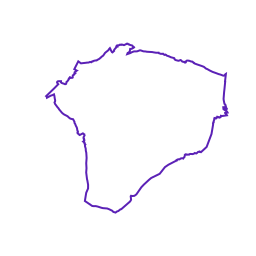 Flesberg nor, Buskerud, Norway (orthographic projection), rotated 291°
{"feature_id": "86288312B11516416194364", "entity_name": "Flesberg nor", "entity_type": "district", "adm_level": 2, "iso_a3": "NOR", "parent_name": "Norway", "parent_adm1": "Buskerud", "projection": "orthographic", "projection_center": [9.551, 59.857], "detail": "fine", "context": "isolated", "style": "outline", "palette": "violet", "viewbox_px": 256, "rotation_deg": 291, "n_neighbors": 0, "source": "geoboundaries", "source_scale": "gbopen_adm2", "svg_char_len": 5712}
<svg xmlns="http://www.w3.org/2000/svg" viewBox="0 0 256 256"><g transform="rotate(291 128 128)"><path d="M189.4,206.8L195.8,204.9L198.9,204.1L206.2,202.1L206.2,201.9L213.6,200.0L213.2,199.7L211.5,199.1L211.2,198.7L211.0,198.0L211.0,195.2L210.9,194.1L210.8,193.4L210.8,190.8L210.7,186.8L211.0,183.5L211.4,181.0L211.4,179.6L212.3,176.9L212.3,176.5L212.3,174.4L212.1,169.2L212.1,167.1L212.2,166.3L212.5,166.2L212.6,165.5L212.6,165.2L212.9,164.8L213.0,164.3L213.0,163.9L212.7,163.4L212.7,161.0L212.5,160.5L212.5,160.1L212.1,158.9L211.3,158.3L210.3,158.4L210.2,158.0L209.7,158.1L209.5,157.9L209.5,157.4L209.9,156.9L209.9,156.6L209.6,156.1L209.5,155.3L209.5,154.8L209.7,154.3L210.0,153.8L210.3,152.9L210.2,152.5L209.4,151.8L208.8,150.9L208.5,148.1L208.6,147.5L208.8,147.0L209.2,146.5L209.6,146.4L209.8,146.0L209.4,142.6L209.5,142.3L209.5,140.8L209.6,140.7L209.6,140.2L209.5,139.1L209.5,138.1L209.9,137.3L209.9,136.7L209.9,136.4L209.4,136.1L209.4,135.7L209.4,135.2L209.9,134.0L209.4,133.3L209.2,132.4L209.0,132.1L208.9,130.0L209.3,129.6L209.0,129.0L208.3,127.1L207.8,124.8L207.6,123.5L205.9,118.1L205.8,117.2L205.1,114.9L205.0,112.1L204.8,111.3L202.9,109.1L202.3,107.9L201.7,106.2L200.3,104.6L198.8,103.3L196.7,100.8L198.0,100.8L198.7,101.6L199.2,101.9L199.7,101.9L200.0,102.2L202.6,101.7L202.7,102.2L203.0,102.5L203.5,103.3L204.3,103.6L204.5,103.8L204.5,104.1L205.5,104.8L205.6,104.7L205.6,104.0L205.9,103.4L206.5,102.5L206.2,99.2L206.5,98.8L206.3,98.1L206.6,97.5L206.4,96.8L205.8,96.5L205.6,96.1L204.0,94.7L203.8,94.0L203.9,93.5L203.9,93.1L203.6,92.7L203.3,92.0L203.4,91.8L203.1,91.6L203.1,91.3L203.0,90.9L203.0,90.7L202.4,90.4L202.0,89.7L201.6,89.5L201.3,88.3L201.0,88.1L200.7,88.3L200.4,88.1L200.2,88.5L200.3,88.9L200.1,89.0L199.9,88.6L199.6,88.1L199.4,87.9L198.5,88.0L198.0,87.7L196.1,87.1L195.4,87.1L195.0,87.4L193.0,86.4L193.1,85.8L193.8,85.0L194.3,84.3L195.6,83.1L196.1,82.5L194.8,82.0L193.6,81.8L190.0,79.7L186.7,78.9L185.2,77.9L184.0,77.4L183.9,77.2L182.7,76.7L181.5,75.8L180.6,74.9L180.2,74.8L179.6,74.1L179.4,73.4L178.0,71.4L177.3,71.2L177.0,70.4L176.2,70.1L176.1,68.9L175.4,68.2L174.8,67.4L174.4,66.3L174.1,65.9L171.5,60.9L172.4,57.7L163.7,56.8L163.5,58.3L163.2,59.0L163.2,59.4L163.2,59.6L162.3,59.0L162.0,59.1L161.6,58.7L161.0,58.2L160.3,58.3L160.2,58.5L159.7,58.7L159.7,58.9L159.2,58.6L158.7,58.6L158.5,58.2L158.0,58.1L157.9,58.1L157.3,57.6L156.6,57.8L155.3,58.3L155.0,58.1L154.5,57.1L154.4,56.8L154.2,56.6L154.1,56.3L154.6,55.8L154.6,55.6L153.9,55.5L153.5,55.2L152.8,55.0L152.4,55.1L152.4,55.3L151.0,55.0L150.8,54.8L150.4,54.8L149.7,54.6L149.0,54.1L147.1,54.4L146.6,54.1L146.3,53.2L146.4,52.5L146.3,50.8L146.3,49.8L146.6,49.1L147.7,48.7L146.9,46.6L146.3,45.6L145.9,45.4L145.2,45.4L144.4,46.2L143.9,47.2L138.6,44.9L128.5,40.2L128.4,40.7L128.1,40.8L127.8,41.4L127.5,41.3L127.2,41.5L129.5,43.4L130.7,44.5L131.6,45.7L132.9,46.8L131.7,47.7L129.0,49.2L128.5,49.6L127.4,50.2L126.5,50.4L125.6,50.2L124.4,51.2L122.2,54.6L121.5,56.0L120.5,57.3L120.3,57.8L118.7,60.6L118.2,61.8L117.7,63.6L117.4,66.7L117.2,67.7L116.7,68.7L116.1,70.7L116.2,71.9L116.5,73.6L114.6,75.8L113.6,76.2L112.8,77.3L111.4,78.5L110.4,79.7L109.5,80.5L107.7,81.5L106.8,82.5L106.5,82.6L105.9,82.4L105.6,82.7L105.2,82.7L104.9,83.0L104.8,83.3L104.9,83.7L104.1,85.2L104.1,85.4L106.7,87.7L106.5,87.9L106.6,88.3L106.5,88.9L106.4,89.0L106.4,89.5L105.9,89.7L105.5,90.1L103.4,89.8L102.8,90.3L102.5,90.3L102.4,90.6L102.0,90.6L101.5,91.1L101.5,91.3L101.0,91.6L100.7,91.3L100.3,91.5L100.3,91.3L99.8,91.3L99.8,91.5L99.6,91.6L99.2,91.2L99.1,91.5L99.2,91.8L99.0,92.0L99.0,92.3L98.6,92.5L98.5,92.8L98.1,92.8L97.9,92.9L97.9,93.3L97.6,93.6L97.3,94.1L96.7,93.9L95.4,94.5L93.6,95.9L91.6,96.8L90.0,97.9L85.2,100.1L80.2,101.6L75.5,103.7L71.5,104.9L65.5,108.1L64.4,108.9L60.7,111.1L57.2,112.4L52.6,112.2L44.4,113.9L42.4,122.5L42.7,123.8L43.5,125.8L43.8,127.9L44.0,131.8L44.2,133.3L45.4,137.4L45.4,139.5L45.1,142.9L44.4,144.4L44.6,146.7L46.0,147.5L47.0,148.7L49.4,150.1L49.8,150.8L60.2,156.3L62.1,156.6L65.2,155.0L65.8,155.1L66.1,156.6L67.0,158.3L69.0,159.6L77.5,161.7L80.9,163.1L87.2,166.2L89.7,167.6L96.6,174.0L104.7,176.5L108.2,178.9L114.4,184.4L114.4,184.5L115.3,184.7L115.4,185.2L115.7,185.1L116.2,185.4L116.9,186.3L116.9,186.7L117.1,187.2L117.4,187.5L118.2,187.9L118.8,188.6L118.8,188.8L119.4,189.9L119.3,190.5L120.7,190.8L121.0,191.1L122.9,190.9L123.2,190.7L123.9,191.0L124.2,191.4L124.1,192.2L124.3,192.3L124.4,193.1L124.7,193.5L124.8,193.9L125.0,194.2L125.0,194.5L125.5,194.7L126.1,195.4L126.4,196.4L126.6,196.9L126.6,197.2L126.8,197.5L126.9,197.9L128.0,199.0L128.6,199.3L128.6,199.9L128.6,200.3L128.7,200.7L128.8,200.7L128.9,201.0L129.3,201.3L130.8,202.0L131.2,202.6L131.2,202.9L131.7,203.2L131.7,203.4L131.4,203.6L131.4,204.0L131.6,204.3L131.6,204.8L138.5,208.2L152.3,208.1L161.8,206.2L162.5,205.8L162.8,205.9L163.0,205.7L163.5,205.6L164.2,205.9L164.5,205.6L164.9,205.7L165.6,205.5L166.9,205.6L167.1,205.3L167.4,205.2L167.7,205.3L168.3,205.2L168.4,205.9L168.6,206.7L169.0,206.6L169.4,206.7L169.6,207.3L169.9,207.3L170.0,207.6L170.3,207.3L170.5,207.3L170.6,208.3L170.5,208.7L170.6,208.8L170.5,209.6L170.9,209.8L171.1,210.3L171.4,210.3L171.6,210.5L171.8,210.4L172.2,210.7L172.3,210.5L172.7,210.4L172.8,211.2L173.2,212.1L175.3,215.8L175.8,215.2L176.1,214.5L176.5,214.2L176.5,213.9L176.7,213.6L176.7,213.4L176.9,213.3L178.1,215.4L178.8,214.6L178.8,213.8L179.1,213.3L179.3,212.2L179.6,211.5L179.7,210.5L180.3,210.1L180.6,210.2L181.5,209.5L181.8,210.0L181.9,210.3L181.1,211.5L180.9,211.9L180.9,212.3L180.3,212.7L180.3,212.9L180.5,213.3L181.2,213.4L181.5,213.3L181.6,213.0L182.0,212.5L182.0,212.2L182.9,211.8L182.9,211.6L183.4,211.2L184.2,211.0L184.3,210.6L184.8,210.2L185.1,209.4L188.1,207.5L189.4,206.8Z" fill="none" stroke="#5b21b6" stroke-width="2"/></g></svg>